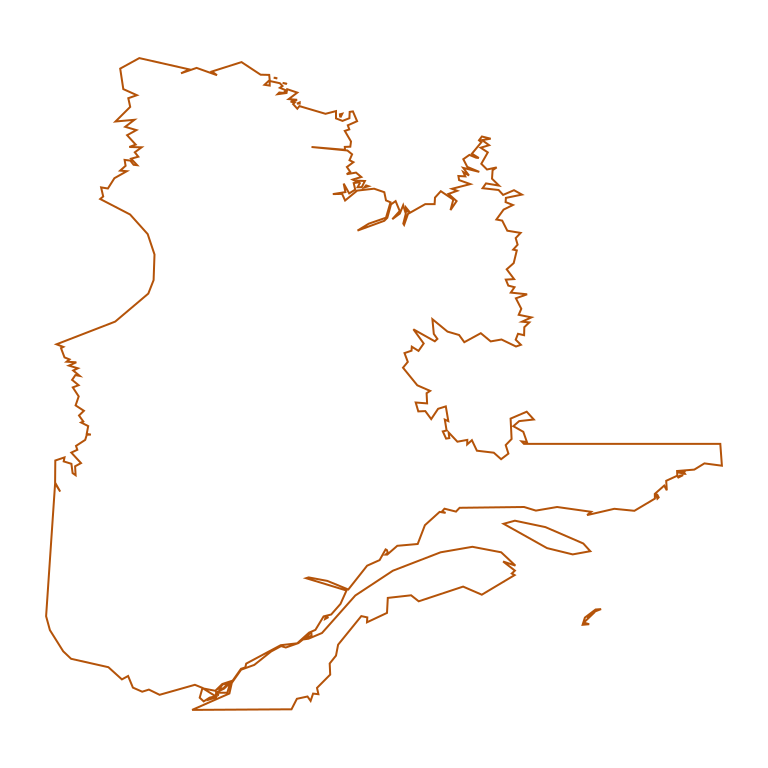 Québec, Robinson projection
{"feature_id": "CAN-683", "entity_name": "Québec", "entity_type": "Province", "adm_level": 1, "iso_a3": "CAN", "parent_name": "Canada", "parent_adm1": "", "projection": "robinson", "projection_center": [-69.443, 53.796], "detail": "fine", "context": "isolated", "style": "outline", "palette": "amber", "viewbox_px": 768, "rotation_deg": 0, "n_neighbors": 0, "source": "natural_earth", "source_scale": "10m", "svg_char_len": 6053}
<svg xmlns="http://www.w3.org/2000/svg" viewBox="0 0 768 768"><path d="M55.1,483.5L60.2,491.6L55.1,482.6L55.3,460.5L64.5,457.4L63.7,461.4L71.4,463.8L72.6,473.1L75.6,475.2L75.1,466.3L81.0,463.1L71.3,452.6L77.3,449.8L76.0,445.9L85.2,439.9L86.8,434.7L90.9,434.6L86.7,433.9L88.2,426.1L81.1,422.5L83.3,421.5L79.0,415.5L83.9,410.8L75.6,405.4L78.7,396.4L72.8,387.4L78.6,385.2L72.1,379.9L75.4,375.1L79.7,375.9L73.2,370.5L77.9,368.3L68.9,365.6L76.3,362.3L66.6,361.7L69.5,359.4L64.5,357.4L61.0,348.1L63.3,346.9L56.5,344.3L115.2,321.6L148.3,293.6L153.6,280.1L154.5,254.5L147.7,234.1L130.1,214.5L100.2,199.0L103.2,196.5L101.1,187.4L107.9,188.5L114.4,178.2L126.8,171.2L120.2,170.6L125.6,165.8L124.6,159.9L130.3,160.6L133.6,164.8L137.2,165.2L131.1,158.7L138.3,156.7L134.8,152.3L141.6,147.3L129.3,147.0L135.7,144.6L127.1,135.2L136.4,130.1L125.2,126.8L134.4,119.8L115.5,121.5L130.2,106.9L128.3,98.2L136.9,95.2L123.3,89.1L120.2,68.6L139.3,58.1L189.3,69.4L181.0,73.3L196.6,67.9L217.0,75.2L211.9,71.5L241.5,62.1L260.6,74.7L269.2,74.9L269.7,80.0L264.5,84.8L269.7,85.6L269.7,81.0L279.8,83.2L282.5,86.0L279.9,87.8L286.1,90.4L283.6,92.9L279.3,92.5L277.6,94.2L286.5,93.0L287.2,89.2L297.3,92.6L288.7,99.1L297.1,99.8L290.6,101.7L294.8,102.4L293.1,104.1L297.3,108.7L299.4,106.1L325.5,113.8L336.0,111.1L336.0,118.4L342.5,120.9L349.4,118.2L349.7,111.9L352.9,111.4L357.1,121.2L347.8,125.3L349.3,129.4L344.8,130.9L351.0,141.5L350.3,146.7L344.8,146.9L345.0,149.8L311.5,147.0L347.4,150.5L352.1,154.3L349.5,160.2L353.4,162.2L346.9,167.0L350.2,171.8L346.7,174.2L356.0,172.6L361.3,177.0L352.7,179.6L358.2,182.4L353.7,183.1L355.2,189.6L349.2,193.4L343.7,183.6L345.4,192.1L332.8,194.1L342.1,193.9L345.1,200.5L357.2,190.6L374.1,188.7L384.3,192.2L386.0,200.4L390.5,202.3L386.0,217.7L368.7,223.7L357.5,230.6L384.3,220.8L387.3,217.8L391.0,204.4L395.6,201.1L399.7,211.0L392.3,219.2L399.8,213.6L403.2,205.2L405.8,213.7L403.3,223.6L404.1,224.9L408.0,213.9L425.3,204.1L434.6,204.1L435.0,197.6L440.8,191.2L453.3,199.6L450.5,210.1L456.6,201.1L448.5,193.9L457.2,190.8L452.0,188.8L470.3,184.1L459.1,180.1L458.4,176.0L465.3,176.4L463.3,172.1L469.0,175.5L463.2,167.9L479.3,171.9L467.3,166.9L463.3,159.2L469.4,154.9L476.1,157.7L478.8,158.0L471.9,153.7L481.4,142.2L479.0,140.3L481.9,136.5L490.7,138.7L482.1,140.1L489.1,145.2L480.7,147.7L487.8,152.4L481.3,163.8L487.0,169.5L496.7,167.4L492.6,170.2L492.0,178.7L499.0,185.6L486.0,183.4L482.6,188.2L498.6,190.0L503.1,194.9L514.0,190.2L521.9,194.6L505.9,197.9L505.6,202.1L512.9,205.0L503.6,209.6L496.4,219.5L502.2,220.6L507.3,230.7L520.6,232.9L515.7,238.1L517.6,244.7L513.2,249.6L516.8,250.4L513.7,263.1L506.7,269.3L514.1,279.1L505.8,279.6L508.3,285.6L514.5,287.2L510.8,292.6L527.1,294.3L515.9,298.3L521.3,308.8L518.7,314.8L531.4,317.4L522.0,321.7L529.3,322.4L524.3,327.2L524.1,335.2L518.0,333.8L515.7,339.7L520.9,344.8L516.0,346.5L501.5,339.5L490.7,341.4L480.8,333.2L464.3,342.2L459.1,335.0L447.5,331.6L432.4,319.2L433.8,333.9L437.4,338.9L434.8,341.3L413.4,329.3L423.7,343.5L418.5,350.9L411.8,346.7L411.5,350.7L404.5,353.1L407.8,361.9L403.0,367.7L417.3,385.3L430.1,390.9L426.6,393.2L427.1,403.4L415.7,402.5L418.3,411.4L425.3,411.1L431.2,419.1L438.1,408.8L445.8,406.4L448.3,421.1L444.8,419.6L446.6,430.5L442.8,431.4L446.1,438.6L449.3,438.1L448.6,432.4L457.4,441.7L467.3,439.9L467.2,444.4L471.9,440.2L476.9,450.7L493.8,452.7L501.1,459.2L508.4,453.6L505.7,445.1L511.6,439.0L510.6,418.6L526.7,411.7L533.8,419.5L519.2,421.1L513.3,426.2L523.3,431.8L526.9,442.0L521.6,441.4L524.0,443.9L720.3,443.9L721.9,465.7L704.4,463.4L694.3,469.6L677.1,471.0L677.3,475.7L666.2,480.8L666.8,490.3L664.2,485.6L654.8,493.9L654.9,498.6L634.4,510.8L614.3,508.8L587.1,515.1L591.2,511.8L557.1,507.0L535.9,510.6L524.1,507.0L459.6,507.8L456.0,511.6L444.5,508.7L442.1,511.4L445.6,512.9L439.6,511.9L424.9,525.2L417.7,544.0L397.3,545.8L387.2,554.6L385.6,554.6L387.8,552.6L386.8,550.0L385.6,549.4L379.6,560.1L367.1,565.7L348.3,589.5L327.3,580.9L308.6,577.4L306.1,578.2L346.5,590.5L340.5,603.9L331.2,614.5L323.6,616.4L315.4,629.9L309.1,632.6L297.2,643.3L280.7,645.2L246.2,663.6L245.3,667.4L241.0,668.8L232.7,680.6L222.3,684.0L215.3,690.8L203.0,688.4L215.7,696.3L209.7,697.6L203.7,701.4L199.7,697.7L202.5,687.9L194.9,684.8L159.6,694.8L148.9,689.6L142.2,691.7L132.9,687.6L128.1,676.0L121.9,679.4L108.4,667.2L71.1,658.8L63.2,651.3L49.9,630.1L46.1,616.2L55.1,483.5ZM291.5,709.3L192.1,709.9L229.4,693.5L231.8,682.9L241.1,669.7L254.3,664.9L271.1,651.5L281.1,646.1L285.8,647.5L298.4,643.1L302.9,639.5L308.5,638.7L322.0,633.0L355.3,595.5L392.9,570.7L440.6,552.3L472.4,546.8L501.2,552.3L515.4,565.6L503.1,561.5L514.9,570.6L511.8,573.5L514.6,575.1L481.8,594.7L463.1,586.6L418.7,601.3L411.1,595.3L387.8,597.9L387.0,612.9L367.0,622.3L367.3,617.4L361.3,616.1L338.1,644.7L336.0,655.6L329.7,663.5L330.2,674.6L317.0,687.9L318.4,694.2L313.1,693.6L310.6,700.9L307.5,696.5L296.9,698.8L291.5,709.3ZM547.0,548.1L503.6,523.8L514.9,520.7L545.4,527.1L583.3,543.5L590.3,551.2L572.7,554.4L547.0,548.1ZM230.3,682.7L227.3,692.7L215.4,692.8L224.1,688.6L230.3,682.7ZM364.9,181.0L361.7,187.2L357.6,187.2L359.8,183.3L357.9,180.7L364.9,181.0ZM592.4,612.5L590.3,615.0L586.9,617.2L589.1,616.8L592.4,612.9L594.8,612.0L583.8,622.6L589.2,624.2L582.6,624.8L584.9,617.6L595.6,609.5L601.1,609.1L592.4,612.5ZM311.3,632.4L311.6,635.8L303.9,638.1L311.3,632.4ZM219.1,688.8L222.8,684.4L228.2,683.1L223.4,688.3L219.1,688.8ZM406.0,207.6L409.1,211.4L406.1,211.7L406.0,207.6ZM210.5,698.1L216.9,697.1L209.3,699.5L210.5,698.1ZM679.6,475.7L683.1,475.1L677.6,477.9L679.6,475.7ZM683.8,471.8L681.6,473.1L679.0,472.6L681.3,470.9L683.8,471.8ZM342.3,113.7L340.8,116.7L340.1,116.5L339.9,114.3L342.3,113.7ZM366.1,185.4L368.5,186.2L364.4,187.4L366.1,185.4ZM657.4,498.7L656.1,494.4L657.3,494.7L658.7,497.4L657.4,498.7ZM282.6,82.9L286.3,83.6L286.8,84.0L282.6,82.9ZM217.1,694.2L218.9,695.2L215.0,694.3L217.1,694.2ZM325.4,617.9L328.5,617.1L325.1,619.0L325.4,617.9ZM297.0,103.6L299.7,102.4L299.7,103.6L297.0,103.6ZM684.1,472.4L685.0,473.8L683.5,473.8L684.1,472.4ZM273.7,77.7L275.8,77.9L277.3,78.5L273.7,77.7Z" fill="none" stroke="#b45309" stroke-width="2"/></svg>